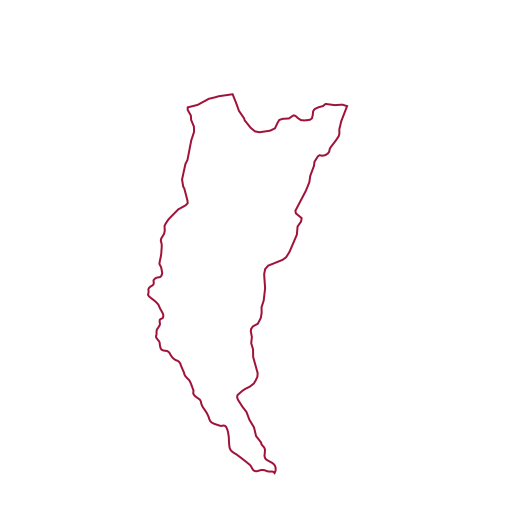 Ostuncalco, Quezaltenango, Guatemala (Robinson projection), rotated 306°
{"feature_id": "79465075B83673504677566", "entity_name": "Ostuncalco", "entity_type": "district", "adm_level": 2, "iso_a3": "GTM", "parent_name": "Guatemala", "parent_adm1": "Quezaltenango", "projection": "robinson", "projection_center": [-91.717, 14.862], "detail": "fine", "context": "isolated", "style": "outline", "palette": "rose", "viewbox_px": 512, "rotation_deg": 306, "n_neighbors": 0, "source": "geoboundaries", "source_scale": "gbopen_adm2", "svg_char_len": 3930}
<svg xmlns="http://www.w3.org/2000/svg" viewBox="0 0 512 512"><g transform="rotate(306 256 256)"><path d="M336.1,113.4L334.0,114.9L331.3,120.8L328.0,123.5L324.2,129.7L320.1,132.9L311.4,135.7L293.4,144.1L289.0,144.8L274.4,151.2L269.3,156.4L268.5,158.3L260.6,167.9L258.6,169.7L255.7,169.3L248.0,165.7L236.7,164.0L234.9,163.8L233.9,163.7L232.8,163.7L231.0,163.8L228.9,163.9L226.6,164.3L223.0,167.2L220.7,168.3L219.0,168.7L215.6,168.9L213.8,169.2L212.2,170.2L210.9,171.9L209.6,173.2L207.6,174.6L205.0,176.2L202.0,178.1L199.4,179.4L195.3,181.2L192.8,182.5L192.0,184.1L191.5,185.1L190.8,186.2L187.6,189.7L186.4,190.5L184.4,191.1L182.9,190.9L181.9,190.2L180.8,189.0L179.6,188.1L178.5,187.6L177.2,187.4L176.1,187.4L175.0,188.3L174.2,189.1L172.8,189.7L171.5,189.6L170.0,188.9L168.9,188.5L167.5,188.2L166.1,188.4L165.3,188.9L164.5,189.7L163.1,190.6L161.1,191.5L160.4,193.3L160.3,195.6L160.2,198.2L160.1,201.2L159.9,202.5L159.3,205.5L158.7,206.6L157.3,208.9L155.7,212.4L154.6,214.6L153.5,215.9L152.2,216.7L151.2,217.0L149.8,216.5L148.8,215.8L147.7,215.7L146.1,216.7L145.4,217.5L144.3,218.4L143.2,218.8L142.1,218.9L141.1,219.0L138.9,219.0L137.5,219.3L136.5,219.9L135.3,220.8L134.1,221.6L132.5,222.2L131.6,222.8L130.6,225.4L130.0,227.7L129.3,228.9L128.1,230.0L126.9,231.1L125.2,233.2L124.7,234.6L124.9,235.9L125.4,237.2L126.1,238.5L126.9,239.9L127.0,241.6L126.8,242.9L126.0,244.5L125.1,246.8L124.6,248.6L124.5,250.7L124.6,252.2L125.1,254.0L125.2,255.4L125.0,256.6L124.5,258.0L123.4,259.4L120.6,264.1L119.4,266.2L118.1,267.7L117.3,269.4L117.0,270.7L116.7,272.2L116.3,274.9L115.3,277.0L114.1,279.0L111.6,282.7L110.5,284.4L107.8,286.1L106.9,288.4L106.8,289.7L106.8,292.5L106.8,294.9L106.1,296.6L104.4,298.5L103.2,300.3L102.4,302.0L101.8,303.7L100.9,306.3L99.8,309.0L98.0,312.2L96.6,314.1L95.8,315.4L95.4,316.6L95.3,317.8L95.3,318.8L95.6,320.5L96.1,322.2L97.0,325.0L97.6,326.9L98.2,327.8L99.1,328.8L99.9,329.5L100.4,331.0L100.1,332.5L99.4,333.7L98.4,335.3L96.6,337.4L93.2,340.7L90.1,343.1L87.3,345.5L85.3,347.4L84.3,349.1L83.9,350.4L83.7,351.7L83.7,352.9L83.8,354.8L84.0,356.8L83.9,363.4L83.7,368.9L83.4,373.8L82.9,375.7L82.0,377.5L81.3,379.1L81.2,381.0L81.6,382.1L82.2,383.0L83.0,383.7L84.0,384.5L85.2,385.4L86.1,386.2L86.7,387.1L87.4,388.1L88.0,389.7L88.2,390.8L88.7,392.2L89.3,393.2L90.2,394.6L91.1,395.6L91.6,397.2L91.3,398.6L93.5,398.1L95.1,397.2L96.4,396.1L97.3,394.9L97.8,393.6L98.1,392.2L98.1,390.4L97.7,387.4L97.5,385.7L97.4,384.5L97.4,383.4L97.8,382.3L98.5,381.2L99.6,380.1L101.3,379.2L103.2,378.0L104.5,377.2L105.2,376.3L105.9,375.1L106.4,372.8L106.7,371.8L107.1,370.7L108.0,369.9L109.4,365.4L110.3,362.0L112.4,359.5L116.2,355.1L119.6,347.0L124.2,340.0L126.1,333.5L129.2,325.7L130.7,323.7L132.5,322.8L138.9,324.2L142.1,325.4L146.7,327.8L151.6,329.2L155.6,328.8L159.1,328.1L162.2,326.2L166.8,320.4L172.6,313.1L178.7,308.5L180.8,305.8L182.6,303.4L188.0,300.3L192.1,296.0L194.2,294.9L197.3,294.9L202.3,297.3L208.7,296.3L213.3,294.0L217.8,290.6L224.5,288.4L235.3,282.3L245.9,273.4L248.4,272.2L250.8,271.1L255.3,271.5L268.4,279.7L272.7,281.1L278.8,280.7L289.1,278.4L297.3,276.5L304.3,272.3L310.4,272.2L313.5,270.6L313.9,263.3L315.7,261.3L338.1,258.0L347.0,255.8L352.7,252.8L363.1,249.9L366.6,247.9L373.1,247.5L374.9,248.2L376.0,250.6L377.5,252.1L379.2,253.2L381.4,253.9L383.3,253.9L384.8,253.3L386.0,252.7L388.0,252.5L392.5,252.6L395.5,252.7L398.9,252.6L401.4,252.5L403.9,251.6L407.5,248.9L415.3,245.7L430.8,241.6L429.2,236.9L424.4,231.1L419.9,222.9L416.6,222.0L413.0,219.1L409.6,217.2L408.3,217.0L406.6,217.2L403.3,219.1L400.4,220.3L398.1,219.7L396.5,218.1L393.9,215.2L392.3,212.3L392.2,208.7L392.5,206.2L392.3,204.5L391.6,203.6L386.6,201.8L382.7,197.0L379.8,194.9L376.8,195.1L370.4,196.3L365.6,193.7L358.1,186.0L356.2,181.8L356.6,176.2L359.1,167.1L360.4,165.4L363.4,156.9L367.9,150.3L371.0,145.4L372.5,143.0L373.1,142.0L363.4,132.0L359.8,129.2L355.4,125.4L344.0,120.0L336.1,113.4Z" fill="none" stroke="#9f1239" stroke-width="2"/></g></svg>